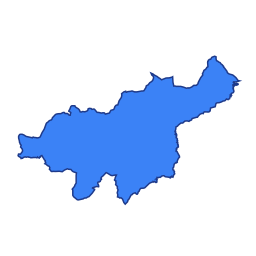 Da Krong, Quảng Trị, Vietnam (Robinson projection), rotated 93°
{"feature_id": "81297802B86066179794931", "entity_name": "Da Krong", "entity_type": "district", "adm_level": 2, "iso_a3": "VNM", "parent_name": "Vietnam", "parent_adm1": "Quảng Trị", "projection": "robinson", "projection_center": [106.951, 16.569], "detail": "fine", "context": "isolated", "style": "filled", "palette": "blue", "viewbox_px": 256, "rotation_deg": 93, "n_neighbors": 0, "source": "geoboundaries", "source_scale": "gbopen_adm2", "svg_char_len": 5763}
<svg xmlns="http://www.w3.org/2000/svg" viewBox="0 0 256 256"><g transform="rotate(93 128 128)"><path d="M199.5,178.7L202.3,174.9L202.4,173.8L201.1,169.0L200.3,168.0L200.0,165.9L199.1,164.8L198.6,163.4L194.9,160.3L191.4,158.1L191.0,158.1L190.2,159.7L189.8,160.3L189.5,160.1L188.1,156.4L188.0,155.6L188.3,154.6L188.1,154.2L186.6,154.4L185.5,155.1L184.4,155.4L183.9,155.2L183.5,154.9L183.3,153.7L182.7,152.9L181.3,152.6L180.7,151.8L180.3,151.8L179.6,152.4L178.4,151.9L177.2,150.5L173.7,147.5L174.2,146.2L176.2,142.5L176.4,141.3L175.6,138.2L175.6,137.1L177.7,138.0L179.8,138.4L180.6,138.8L181.1,138.4L181.5,137.3L182.3,137.4L183.6,137.1L185.2,137.4L187.0,135.5L188.7,135.6L190.3,134.7L193.3,135.4L195.2,134.7L197.4,134.9L197.6,133.8L198.4,132.4L198.0,131.4L199.2,129.8L202.7,128.2L204.2,126.8L201.7,124.6L199.9,124.2L199.3,123.5L195.0,121.5L194.6,121.2L194.4,120.5L193.4,119.8L192.3,117.5L193.6,116.1L193.6,115.3L192.7,114.7L191.6,114.6L190.6,113.6L188.7,113.0L187.6,112.1L187.2,109.0L186.7,108.0L182.2,103.8L181.4,102.5L180.4,100.0L180.1,100.0L180.3,99.5L180.6,99.3L179.9,98.4L180.9,97.5L180.8,96.6L180.3,96.3L178.8,96.5L178.2,96.2L178.1,95.7L177.7,97.0L177.6,96.7L177.4,96.9L177.3,96.6L176.5,96.6L176.3,96.0L175.9,96.1L176.1,95.3L175.6,94.4L175.6,93.3L175.3,92.8L174.3,91.9L173.8,90.3L173.8,89.5L174.7,88.3L175.0,84.8L175.1,83.8L175.3,83.7L175.0,83.3L175.5,83.0L175.1,82.5L174.5,82.5L174.4,82.0L174.2,82.2L173.9,82.0L173.9,81.8L174.2,81.8L174.1,81.4L174.6,81.1L174.8,80.6L172.0,79.7L171.6,79.1L171.0,79.0L169.7,79.6L169.1,79.3L168.1,80.1L167.7,80.1L167.5,80.8L166.8,81.1L165.3,80.9L164.8,80.4L161.7,80.0L160.0,78.4L160.3,77.9L159.6,77.0L159.0,77.2L156.9,76.6L155.2,75.7L154.4,75.0L153.3,75.2L150.4,77.0L148.9,77.8L148.8,78.6L148.5,78.9L147.5,78.5L146.7,78.7L146.3,78.1L145.8,78.5L144.6,77.5L144.5,76.9L144.1,76.7L143.3,77.0L142.6,76.9L142.2,77.4L141.7,77.2L141.3,77.7L140.2,77.5L139.9,78.3L139.5,77.9L138.3,78.3L138.1,77.8L137.2,78.3L136.4,78.1L135.6,78.8L135.2,79.4L134.4,79.1L133.5,79.5L133.2,79.0L132.1,79.1L132.1,79.9L131.8,80.5L130.9,79.7L130.5,80.3L129.4,80.2L129.3,80.8L129.1,80.9L127.1,80.3L124.3,80.1L123.7,78.8L122.4,77.8L120.3,75.4L120.2,73.9L119.9,73.2L118.2,71.7L117.8,69.4L118.2,67.4L117.4,66.8L117.2,65.8L116.5,64.9L115.2,64.5L113.7,60.1L113.6,59.2L112.3,58.4L110.4,56.7L109.5,54.7L109.7,53.6L108.6,53.3L107.9,52.6L107.8,48.4L107.5,47.7L106.8,47.3L106.7,46.9L103.7,46.6L102.2,42.0L99.2,41.5L98.6,41.1L98.2,40.3L97.9,38.1L97.0,35.9L96.1,34.5L96.0,33.6L95.5,32.4L93.9,31.2L94.4,29.6L94.1,29.5L93.5,28.1L91.4,27.7L91.3,26.8L90.6,26.7L89.8,27.7L89.6,27.3L89.6,26.4L88.9,26.8L88.4,26.8L87.9,26.3L87.2,24.8L86.2,24.2L85.1,24.3L84.3,24.7L83.6,24.7L83.3,25.2L82.3,24.8L81.6,25.3L80.4,24.0L79.9,25.4L79.6,25.6L78.9,25.0L78.8,24.7L79.5,23.4L79.4,22.1L79.6,21.6L79.0,21.1L78.9,20.5L78.7,20.3L78.0,20.6L78.1,21.9L77.8,22.3L78.5,23.2L77.2,24.6L77.0,25.2L76.7,25.2L76.3,24.8L76.4,23.5L76.1,21.7L75.1,19.2L74.9,20.5L72.0,22.9L69.8,25.8L69.4,26.8L68.8,29.7L67.9,31.2L67.4,31.7L66.1,32.2L63.0,34.8L62.4,35.6L61.8,35.6L61.1,36.0L61.0,36.5L60.1,37.0L59.0,38.6L57.9,39.4L57.5,40.6L56.4,42.2L56.4,42.7L55.7,43.3L54.3,43.7L52.3,43.8L51.8,45.2L52.8,47.6L53.2,48.1L55.1,49.1L55.2,50.3L56.2,51.3L56.9,51.4L57.2,51.8L58.3,51.9L62.7,51.4L63.4,52.5L64.4,52.9L65.4,53.7L66.5,55.2L68.2,55.7L69.9,56.5L71.2,56.1L73.9,58.0L77.1,59.5L79.0,60.3L80.1,60.4L81.8,61.9L82.0,64.6L83.7,66.5L84.7,68.5L85.0,69.4L84.7,70.1L85.1,71.0L85.2,71.8L84.3,74.6L83.7,77.6L83.9,82.1L83.6,83.3L83.8,84.4L80.0,85.5L74.5,86.1L74.9,86.7L75.8,89.5L76.1,92.6L78.1,97.0L76.6,99.1L76.2,100.1L75.1,101.5L73.8,104.4L72.8,105.8L72.0,107.9L74.0,106.9L74.5,106.1L75.4,105.3L76.2,105.1L77.6,105.3L79.3,105.9L80.4,106.9L81.6,108.6L83.9,110.2L84.9,111.9L87.1,112.4L87.6,112.8L89.9,114.0L90.3,115.2L90.3,116.1L91.5,121.1L91.6,123.3L90.8,125.9L91.2,127.1L91.7,130.2L92.4,131.4L92.4,131.7L91.4,132.2L92.2,134.1L94.1,136.2L95.5,135.9L97.7,136.2L101.3,138.3L105.5,139.4L105.7,140.7L106.2,141.4L107.3,142.2L109.9,143.0L110.4,143.5L111.2,145.9L112.1,146.5L114.0,147.3L115.3,151.4L114.2,152.3L114.1,153.7L114.5,155.5L114.0,157.8L114.0,159.7L111.3,162.2L110.8,163.0L111.3,165.0L110.5,165.8L110.4,167.7L110.9,168.8L112.5,169.1L113.2,169.9L114.1,172.0L113.9,174.2L114.4,175.2L114.5,175.9L114.3,176.7L112.8,177.3L111.5,178.5L109.9,181.4L109.3,181.9L108.6,182.2L108.7,185.2L109.5,186.2L112.3,187.1L114.0,188.0L114.4,188.0L115.3,186.2L115.7,185.9L117.1,186.3L118.2,186.3L118.3,187.0L118.0,187.8L117.0,188.7L116.7,189.3L116.8,191.7L115.9,192.3L115.8,192.9L116.0,193.8L117.2,195.9L117.4,198.4L117.9,200.4L118.5,201.3L121.7,204.0L123.1,204.4L123.9,204.9L124.2,205.8L125.0,207.2L126.5,208.5L127.1,209.4L127.9,209.9L133.5,211.6L137.2,213.6L141.4,215.2L141.7,215.5L142.3,216.6L142.7,218.3L142.4,219.3L142.4,220.9L142.0,222.3L142.8,222.9L141.7,229.4L140.4,231.6L139.8,233.4L139.9,235.1L140.2,235.9L141.9,236.8L143.8,236.7L146.6,235.8L148.0,235.6L149.0,235.0L149.6,234.9L150.8,233.8L152.6,234.3L154.3,232.7L155.8,232.1L157.0,232.2L159.7,234.0L159.8,234.4L159.6,235.6L159.8,236.0L161.4,236.3L162.0,235.8L163.2,233.5L164.1,233.2L163.7,231.6L162.9,231.0L162.2,229.2L162.5,228.2L162.0,226.2L162.4,225.5L162.4,224.6L162.8,223.5L162.7,222.1L162.3,221.1L162.5,220.5L162.2,219.2L162.5,217.6L161.7,216.9L162.3,216.5L162.3,216.0L162.6,215.0L161.6,214.8L161.6,213.9L160.7,213.8L160.0,212.6L164.3,209.7L164.9,208.9L165.9,209.0L166.5,208.5L167.0,208.4L168.0,209.2L168.5,207.9L169.8,206.4L170.4,204.7L171.7,204.0L173.4,204.3L174.1,203.4L175.0,202.8L175.5,201.8L175.2,200.5L175.2,198.2L174.8,194.4L175.1,191.4L173.3,189.2L171.9,186.4L172.3,185.4L172.4,182.8L174.0,181.3L174.6,180.2L175.5,177.1L177.9,177.3L185.7,176.9L187.9,178.1L189.0,178.3L192.0,180.5L192.8,179.9L198.1,179.6L199.5,178.7Z" fill="#3b82f6" stroke="#1e3a8a" stroke-width="1.5"/></g></svg>